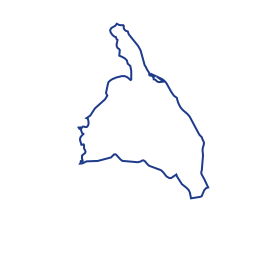 the Metropolitan department of Haute-Corse, rotated 330°
{"feature_id": "FRA-5297", "entity_name": "Haute-Corse", "entity_type": "Metropolitan department", "adm_level": 1, "iso_a3": "FRA", "parent_name": "France", "parent_adm1": "", "projection": "albers", "projection_center": [9.18, 42.426], "detail": "fine", "context": "isolated", "style": "outline", "palette": "blue", "viewbox_px": 256, "rotation_deg": 330, "n_neighbors": 0, "source": "natural_earth", "source_scale": "10m", "svg_char_len": 2239}
<svg xmlns="http://www.w3.org/2000/svg" viewBox="0 0 256 256"><g transform="rotate(330 128 128)"><path d="M68.7,134.9L69.8,134.2L70.6,133.1L72.1,134.0L72.6,133.3L72.7,131.9L73.2,130.8L73.8,130.1L74.0,129.3L74.5,128.8L78.4,128.2L79.4,127.2L79.7,125.6L79.7,123.6L81.0,121.6L81.5,120.3L81.0,119.7L79.5,119.5L79.2,119.0L79.5,118.3L80.5,114.2L82.0,112.4L84.1,111.5L86.4,110.9L85.7,109.3L86.4,105.8L85.5,104.2L85.5,103.0L86.4,103.5L86.8,103.5L86.9,103.8L87.2,105.2L89.2,104.1L90.5,104.7L91.5,105.9L92.9,106.5L94.8,105.8L96.2,104.3L97.2,102.1L97.9,99.8L97.0,98.7L101.5,98.4L109.1,94.5L122.4,91.7L126.2,89.7L126.5,86.6L133.0,79.4L134.3,78.4L137.1,77.9L139.9,77.9L141.2,78.3L142.3,78.2L148.4,79.9L150.9,81.3L151.7,82.2L152.5,83.2L153.1,84.5L154.2,87.7L155.0,87.7L159.3,80.3L161.0,75.6L159.9,72.1L160.8,69.0L160.1,66.2L158.5,63.5L156.6,61.0L159.8,56.5L159.8,55.1L159.0,53.6L159.0,52.2L159.5,50.6L160.3,49.5L163.0,46.5L162.6,45.7L162.5,45.3L162.7,44.6L163.0,43.2L161.8,41.9L161.0,39.3L160.8,36.5L161.4,34.4L163.4,33.1L168.2,33.1L170.4,32.1L171.9,34.4L173.0,35.3L175.3,36.6L175.3,37.8L174.3,39.1L174.1,40.8L174.7,42.7L176.1,44.3L175.5,47.3L177.8,62.1L177.7,67.0L173.8,82.1L174.0,84.1L173.7,86.4L173.9,91.1L173.7,91.5L173.4,91.9L173.0,92.4L173.0,93.2L173.3,93.6L173.8,94.0L174.4,94.1L174.6,94.2L175.0,95.6L175.2,96.5L175.2,97.4L174.6,98.7L175.6,99.5L176.0,100.6L176.3,101.8L177.1,103.1L178.0,103.9L181.3,105.3L180.9,103.0L180.4,101.9L178.6,97.7L182.0,102.8L183.2,105.6L183.7,108.7L183.5,118.1L183.9,123.0L185.4,126.4L184.7,128.5L184.2,130.8L183.9,133.3L183.8,136.4L184.4,139.7L186.6,146.0L187.1,149.2L186.4,169.3L187.3,173.1L186.9,174.5L186.7,177.3L186.5,178.6L185.6,180.0L182.4,183.1L181.1,185.2L179.3,189.2L171.0,201.2L169.2,203.1L168.6,204.6L168.5,210.3L167.7,219.6L165.7,219.1L162.9,220.0L157.7,223.9L156.0,223.7L147.4,220.4L149.3,214.9L149.5,212.1L148.8,209.1L146.6,203.6L146.2,194.6L146.6,192.5L140.3,192.9L138.7,192.0L137.1,189.1L136.4,184.0L135.5,181.1L127.6,171.5L126.9,170.0L126.0,165.1L125.2,163.8L124.3,163.3L122.1,163.3L119.3,162.5L106.6,153.6L105.7,151.2L104.3,144.9L102.9,143.9L98.5,145.0L85.3,141.4L75.5,136.2L70.6,135.8L68.7,134.9ZM174.6,92.1L177.7,96.5L177.1,96.5L174.6,92.1Z" fill="none" stroke="#1e3a8a" stroke-width="2"/></g></svg>